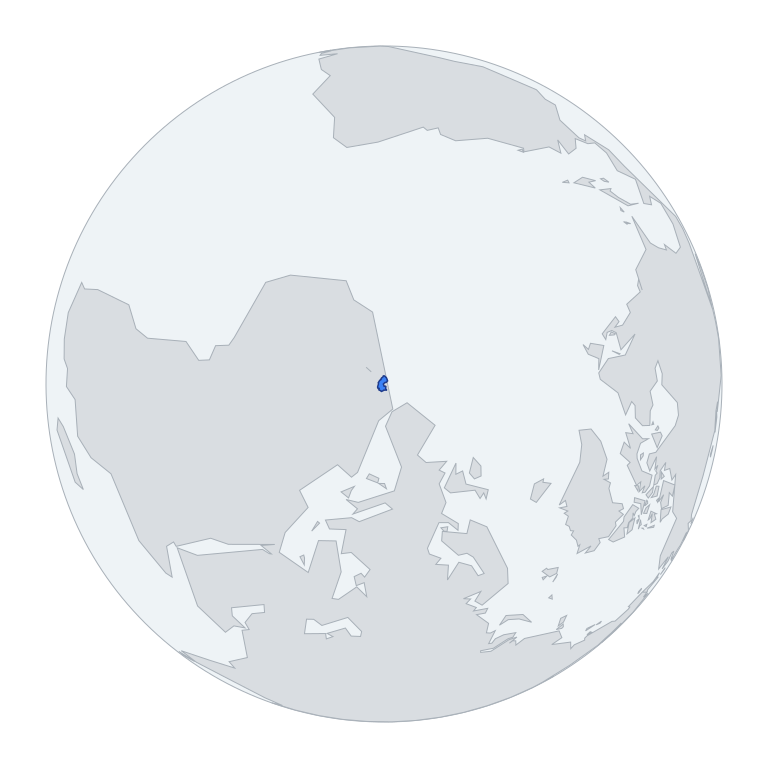 globe centered on Marrakech - Tensift - Al Haouz, rotated 132°
{"feature_id": "MAR-1456", "entity_name": "Marrakech - Tensift - Al Haouz", "entity_type": "Region", "adm_level": 1, "iso_a3": "MAR", "parent_name": "Morocco", "parent_adm1": "", "projection": "orthographic", "projection_center": [-8.579, 31.832], "detail": "fine", "context": "on_globe", "style": "filled", "palette": "blue", "viewbox_px": 768, "rotation_deg": 132, "n_neighbors": 0, "source": "natural_earth", "source_scale": "10m", "svg_char_len": 11099}
<svg xmlns="http://www.w3.org/2000/svg" viewBox="0 0 768 768"><g transform="rotate(132 384 384)"><circle cx="384" cy="384" r="338" fill="#eef3f6" stroke="#a8b0b8"/><path d="M300.4,56.6L291.1,59.6L292.8,59.7L305.3,55.9L309.7,55.3L318.4,53.5L322.6,53.4L314.3,56.8L316.9,57.1L325.6,54.5L335.3,53.6L322.1,57.1L337.7,56.1L326.8,63.7L288.0,76.7L285.8,84.0L256.1,106.7L262.7,105.8L255.6,115.1L260.6,117.8L253.7,122.1L263.6,120.7L269.0,116.3L275.2,114.4L278.6,115.9L270.4,121.3L267.4,121.4L266.8,123.8L261.2,126.1L265.9,125.8L255.6,132.8L270.8,128.3L266.7,135.9L258.4,140.0L252.9,136.3L220.1,139.7L210.1,144.3L201.5,153.6L198.7,177.0L190.2,184.1L183.4,196.0L190.9,193.1L198.9,182.9L211.3,181.4L219.6,170.1L225.8,168.2L236.9,158.7L242.0,164.0L241.0,174.5L232.0,183.0L231.3,188.2L245.3,183.8L234.0,204.2L235.8,226.4L232.1,231.8L215.0,234.3L201.0,224.1L178.9,230.9L200.0,230.8L190.5,245.8L191.8,250.5L196.3,252.7L202.6,248.9L200.7,255.4L179.1,257.0L180.4,251.1L187.3,250.4L180.6,246.1L166.0,248.8L162.3,257.0L144.1,255.2L141.2,261.4L135.6,265.0L141.4,255.0L130.6,273.4L108.7,279.3L93.5,312.1L101.0,280.4L99.1,271.2L95.4,263.8L92.7,268.9L91.5,254.5L84.0,255.3L71.7,276.4L64.5,299.2L66.8,312.2L71.8,305.1L76.0,311.7L63.6,334.1L69.4,353.4L63.4,373.3L63.8,388.7L69.0,393.3L73.7,406.1L80.3,399.0L89.5,400.7L86.4,418.3L94.1,407.0L97.4,420.0L117.8,435.3L115.4,438.1L132.0,471.4L155.3,493.5L160.7,508.9L157.4,515.1L166.6,521.6L166.8,526.7L208.2,550.3L233.1,569.9L234.8,586.4L218.9,599.1L216.2,630.9L190.8,630.3L192.2,641.0L186.1,649.8L169.6,639.5L182.5,651.4L180.1,651.7L171.7,646.1L177.3,651.2L171.4,646.7L180.4,653.7L180.5,653.7L157.1,634.4L135.5,613.0L130.2,606.5L104.3,560.9L96.9,547.2L82.1,522.8L63.3,467.5L64.5,454.7L62.0,443.3L70.2,429.8L70.6,403.9L68.4,396.8L64.6,401.7L59.6,373.7L61.3,351.3L64.3,279.4L68.7,265.9L75.1,251.6L108.2,190.5L78.9,240.1L85.7,225.8L97.2,205.7L98.1,204.7L115.7,179.5L126.2,165.9L152.1,139.1L181.7,117.7L173.9,124.3L181.9,119.3L192.2,111.1L197.1,107.1L238.7,85.5L275.1,68.2L280.1,64.4L284.1,64.7L289.1,59.8L297.2,57.4L300.4,56.6ZM88.3,321.9L95.3,353.5L86.9,346.1L89.3,345.1L88.5,334.6L85.4,321.0L79.3,315.8L88.3,321.9ZM101.4,312.0L99.8,308.0L102.0,310.7L101.4,312.0ZM198.5,105.6L192.0,111.1L181.0,119.2L185.9,114.5L198.5,105.6ZM220.0,92.4L218.2,94.2L209.4,98.3L213.2,96.0L220.0,92.4ZM282.6,62.4L276.4,64.8L280.9,62.8L282.6,62.4ZM318.8,53.3L319.2,53.0L323.5,52.2L318.8,53.3ZM233.4,156.6L235.1,157.7L232.1,158.8L233.4,156.6ZM236.6,151.7L231.9,152.4L232.8,150.2L235.6,149.8L236.6,151.7ZM333.9,51.7L340.7,51.1L332.3,52.2L333.9,51.7ZM242.1,151.6L234.8,146.3L236.4,142.6L248.5,138.4L242.1,151.6ZM343.8,51.1L360.5,50.4L362.7,49.3L365.9,52.8L350.6,51.7L339.9,53.0L345.2,51.7L343.8,51.1ZM269.2,114.4L263.7,119.0L265.1,113.9L269.2,114.4ZM268.7,111.6L264.4,100.2L274.4,94.6L273.8,99.3L284.1,91.6L291.0,94.4L286.9,99.2L279.1,102.1L287.7,101.1L268.7,111.6ZM365.0,55.2L367.8,55.9L363.3,55.9L365.0,55.2ZM277.7,113.3L276.0,111.2L284.5,106.1L289.5,109.4L285.2,109.9L277.7,113.3ZM283.4,88.5L290.6,85.7L298.2,87.0L302.0,86.2L292.1,94.0L283.4,88.5ZM285.0,111.9L291.9,111.3L291.0,115.2L280.0,115.1L285.0,111.9ZM284.6,103.5L288.8,101.4L288.1,103.6L284.6,103.5ZM291.7,129.7L289.4,126.7L293.6,123.7L291.7,129.7ZM294.5,110.9L294.8,109.6L296.2,108.2L300.4,108.7L294.5,110.9ZM298.1,94.7L299.8,96.0L302.6,91.5L308.4,92.8L300.7,97.9L306.4,96.3L308.2,96.7L299.9,100.5L298.1,94.7ZM309.0,105.3L301.1,113.1L304.5,119.0L300.8,121.7L296.1,111.9L309.0,105.3ZM304.4,102.1L306.4,104.6L300.8,106.4L296.0,105.8L304.4,102.1ZM315.1,92.0L308.2,88.6L310.1,87.7L315.1,92.0ZM311.0,106.6L312.8,104.8L311.9,106.8L311.0,106.6ZM315.1,95.9L312.4,94.8L314.6,93.7L315.1,95.9ZM318.8,102.3L316.3,104.6L312.9,104.2L318.8,102.3ZM318.0,99.1L321.7,97.9L313.2,102.6L316.4,98.7L318.0,99.1ZM317.7,95.1L318.1,94.1L318.5,95.8L317.7,95.1ZM332.9,103.1L323.0,109.1L315.6,107.9L326.3,102.1L332.9,103.1ZM430.9,49.3L402.8,47.7L416.6,48.1L417.6,48.6L425.0,49.4L434.3,50.2L432.9,49.8L468.9,57.8L499.5,66.7L487.4,62.3L510.3,70.6L532.6,80.5L554.0,92.0L574.6,105.0L594.3,119.5L612.8,135.3L630.1,152.4L646.1,170.8L660.8,190.2L674.1,210.7L685.8,232.0L696.0,254.1L690.9,244.4L696.9,262.7L708.9,308.6L716.3,337.2L717.9,356.2L705.8,328.4L695.0,304.8L694.0,313.3L678.7,302.5L662.0,324.7L656.7,319.9L654.2,327.7L643.0,328.4L633.7,319.9L628.2,325.6L652.3,347.6L657.8,341.6L658.2,324.0L664.2,333.7L674.6,335.7L673.7,374.0L644.1,428.1L636.2,408.0L588.2,363.6L586.9,355.9L586.5,355.1L585.6,353.9L586.2,367.2L576.3,357.8L607.3,392.4L614.6,409.6L643.7,429.8L642.2,434.7L650.1,437.0L669.3,412.2L670.5,419.6L664.4,461.4L633.4,526.8L634.8,552.4L627.8,576.7L602.3,603.1L598.4,618.3L584.3,629.5L579.4,638.5L564.6,651.6L542.2,666.4L510.8,676.6L513.7,670.1L505.4,659.9L495.9,626.6L508.9,605.3L508.2,590.4L484.9,559.6L490.4,537.5L482.9,529.9L468.2,534.8L459.0,525.3L449.7,526.4L387.6,539.9L365.7,526.4L332.6,481.2L341.7,462.7L338.2,440.6L396.7,360.7L414.8,363.4L467.4,344.5L475.0,345.8L475.1,364.5L519.5,375.6L526.5,357.8L560.5,358.1L579.2,349.2L574.8,314.2L544.2,327.9L532.7,314.6L552.3,290.1L578.1,279.1L574.5,273.7L553.0,268.5L553.6,254.5L544.9,265.8L552.4,269.7L547.1,277.3L540.0,274.4L540.5,269.2L531.2,270.2L531.1,295.6L538.7,302.2L517.6,314.8L528.2,327.5L524.3,336.5L505.0,318.6L502.9,310.3L471.3,294.0L471.6,303.6L501.5,320.1L494.5,320.2L495.2,334.9L489.2,323.9L456.5,304.8L434.0,315.4L414.4,354.6L399.3,359.5L382.5,354.3L380.5,318.4L414.4,311.6L414.2,300.2L399.5,285.7L411.1,285.4L409.3,279.1L421.3,276.2L430.6,258.6L441.7,254.6L438.0,235.4L443.2,231.1L443.9,243.4L450.3,250.4L477.0,241.8L480.0,236.5L475.4,225.1L483.4,224.8L475.5,214.9L487.2,205.7L466.4,209.1L460.5,197.3L463.5,185.8L457.8,182.8L452.9,201.8L454.3,209.1L461.5,214.1L462.0,236.2L454.5,242.0L439.7,222.3L427.3,229.0L421.3,212.0L438.3,168.9L449.2,158.3L482.7,163.1L484.5,171.2L473.3,173.2L490.4,181.3L485.8,175.8L492.3,176.0L488.3,165.8L492.8,165.6L481.3,156.8L486.4,155.4L493.5,160.9L491.9,146.1L500.4,141.4L497.9,138.3L492.8,136.3L506.9,132.5L504.4,130.4L498.8,130.8L490.2,127.2L480.6,119.7L486.0,118.8L490.2,121.3L507.2,125.9L517.6,133.7L518.8,132.6L511.1,125.7L490.4,120.0L483.1,115.9L492.7,117.4L488.6,116.5L486.7,114.2L489.8,111.3L479.1,109.3L450.3,88.7L453.5,82.1L465.4,85.0L450.9,72.6L455.7,68.1L450.5,68.1L440.1,63.5L438.5,64.8L435.3,64.6L407.8,55.7L405.6,53.6L387.9,51.8L385.3,52.1L385.9,53.4L365.9,52.8L362.7,49.3L368.9,48.6L362.7,47.7L377.7,46.8L387.2,46.2L407.3,47.1L413.1,47.3L411.2,47.2L430.9,49.3ZM383.5,401.6L383.5,408.5L383.5,401.6ZM610.6,284.2L622.8,276.0L608.5,260.4L612.0,256.3L605.9,252.9L607.4,259.4L591.2,249.4L593.3,239.7L587.3,232.5L582.9,235.0L581.7,254.7L605.0,268.6L605.9,278.8L610.6,284.2ZM118.5,435.5L120.6,440.8L117.0,438.4L118.5,435.5ZM83.5,351.9L86.0,355.9L86.6,360.4L84.2,358.6L83.5,351.9ZM110.7,381.1L114.8,386.4L109.6,383.9L110.7,381.1ZM97.0,358.1L107.4,377.5L97.5,374.8L91.3,362.8L96.9,366.8L97.0,358.1ZM95.5,320.5L96.6,324.0L94.8,326.5L95.5,320.5ZM103.0,314.1L102.2,313.5L102.6,309.8L103.0,314.1ZM191.8,245.6L193.4,245.7L197.0,249.1L193.3,249.9L191.8,245.6ZM225.2,252.1L221.5,262.5L221.5,255.2L215.6,257.8L208.3,246.4L229.9,233.9L221.4,241.3L225.2,252.1ZM204.6,229.0L206.8,236.8L203.6,228.8L204.6,229.0ZM387.4,250.3L394.0,253.3L393.0,261.0L378.9,268.5L380.1,257.1L387.4,250.3ZM403.5,256.1L392.8,235.8L401.1,231.2L398.2,237.0L404.8,236.0L402.0,245.3L420.4,261.7L420.8,269.7L394.6,277.6L403.0,270.2L396.0,267.4L403.5,256.1ZM350.7,200.1L346.1,193.4L370.1,191.6L371.5,198.2L357.6,205.4L347.7,201.9L350.7,200.1ZM265.0,146.0L261.7,145.1L264.0,143.3L268.7,142.7L265.0,146.0ZM290.3,128.5L281.7,148.8L277.6,148.6L277.6,161.9L266.5,166.6L266.9,157.7L258.4,171.8L254.3,165.7L249.8,175.6L251.7,155.2L247.7,150.9L256.4,153.7L266.6,149.3L269.9,146.1L276.0,134.2L272.4,123.8L282.0,118.5L289.7,117.6L292.1,119.3L285.1,122.0L293.2,122.3L284.9,127.7L290.3,128.5ZM374.9,121.3L365.8,121.8L380.8,127.1L372.5,130.9L374.8,131.3L371.3,136.5L370.9,143.8L366.3,144.8L368.2,147.3L365.9,151.1L366.9,155.0L358.9,158.5L359.5,163.6L355.4,162.4L358.5,170.6L352.6,166.1L349.1,171.2L356.7,172.8L311.2,186.1L296.7,196.5L287.9,208.1L278.9,200.0L281.5,184.6L290.7,167.9L306.0,159.6L299.2,157.9L304.4,153.7L307.6,156.7L305.9,149.6L311.1,147.0L319.3,134.7L313.6,126.9L316.4,122.6L321.2,124.4L320.7,118.9L331.8,119.6L334.1,116.7L347.2,115.0L355.2,120.9L357.2,117.3L367.3,116.3L374.9,121.3ZM336.7,102.8L348.1,108.0L349.3,113.0L325.8,114.1L322.2,116.6L307.2,118.4L305.9,111.5L310.3,111.5L314.3,110.0L313.1,112.7L317.1,109.4L323.2,109.5L328.0,107.1L330.4,109.4L336.7,102.8ZM479.9,337.5L485.1,337.0L492.4,334.1L492.9,343.7L479.9,337.5ZM457.5,324.7L461.7,322.5L466.0,333.8L460.6,334.8L457.5,324.7ZM460.2,312.1L461.5,321.5L457.6,317.0L460.2,312.1ZM447.4,241.1L451.4,238.5L453.2,240.9L452.8,245.5L447.4,241.1ZM417.4,141.1L412.1,139.9L412.3,138.2L403.8,131.8L409.2,129.0L416.5,131.8L417.4,141.1ZM571.8,322.2L568.6,330.9L564.8,329.2L566.6,326.5L571.8,322.2ZM530.5,338.8L541.7,339.3L530.6,341.4L530.5,338.8ZM421.9,137.0L417.8,134.5L423.0,134.7L421.9,137.0ZM412.7,126.7L418.3,126.1L408.9,127.9L412.7,126.7ZM663.6,547.8L637.0,596.2L627.4,603.4L630.2,593.9L643.2,567.1L656.0,552.1L663.6,536.8L663.6,547.8ZM716.9,338.9L719.8,350.9L720.0,357.5L716.9,338.9ZM462.3,114.9L468.2,126.4L476.0,134.0L486.0,136.8L474.4,138.4L462.3,126.5L462.3,114.9ZM451.2,91.7L442.5,90.2L444.4,88.3L446.7,88.4L451.2,91.7ZM447.2,92.6L439.9,95.9L433.8,93.4L440.8,91.3L447.2,92.6ZM431.3,115.0L432.7,118.5L428.4,118.1L431.3,115.0ZM370.1,55.1L368.0,55.8L367.4,55.0L370.1,55.1ZM434.6,65.4L430.1,65.0L429.5,63.6L434.6,65.4ZM417.2,63.4L421.0,65.2L414.7,63.7L417.2,63.4ZM429.8,69.6L421.4,66.1L432.6,69.0L429.8,69.6Z" fill="#d9dde1" stroke="#a8b0b8" stroke-width="1"/><path d="M377.7,389.1L377.7,388.5L377.7,388.4L377.6,388.2L377.8,387.2L377.8,386.8L377.8,386.7L377.7,386.6L377.8,386.3L377.9,386.1L378.0,385.7L378.2,385.4L378.3,385.3L378.4,385.2L378.5,384.7L379.0,384.1L379.2,383.8L379.2,383.7L379.3,383.7L379.5,383.4L379.8,383.5L380.0,383.5L381.0,383.4L381.6,383.5L381.8,383.7L381.9,384.0L382.0,384.2L382.6,384.4L382.9,384.4L383.5,384.4L384.1,384.5L384.4,384.5L384.6,384.3L385.2,383.1L385.5,382.7L385.6,382.3L385.5,382.2L384.9,381.8L384.8,381.6L384.6,381.3L384.6,381.0L384.8,380.8L385.0,380.7L385.4,380.4L385.7,380.2L385.9,380.1L386.2,379.9L386.4,379.6L386.5,379.2L386.5,378.9L386.6,378.4L386.7,378.2L386.9,378.1L387.0,378.3L387.3,378.7L387.5,378.8L387.7,379.0L388.1,379.3L388.6,380.0L388.8,380.1L389.0,380.2L389.6,380.2L390.0,380.3L390.4,380.5L390.9,380.9L391.2,380.9L391.3,381.2L391.3,381.4L391.3,381.7L391.3,382.1L391.4,382.6L391.6,383.1L391.8,383.6L391.7,384.0L390.8,384.4L390.6,384.5L390.5,384.8L390.6,385.0L391.0,385.4L391.2,385.5L391.0,386.2L390.9,386.3L390.6,386.6L390.3,386.9L388.6,387.7L388.4,387.8L388.2,387.9L387.8,388.1L387.5,388.3L387.2,388.7L387.0,389.0L386.8,389.2L386.5,389.2L386.1,389.2L385.8,389.3L385.1,389.5L383.9,389.5L383.5,389.5L383.3,389.6L383.1,389.6L383.0,389.3L382.9,389.2L382.6,389.2L382.1,389.5L381.8,389.7L381.6,389.8L381.2,389.8L380.7,389.8L380.2,389.6L379.6,389.6L379.1,389.6L378.9,389.7L378.6,389.9L378.4,389.9L378.2,389.7L378.0,389.3L377.7,389.1L377.7,389.1Z" fill="#3b82f6" stroke="#1e3a8a" stroke-width="1.5"/></g></svg>